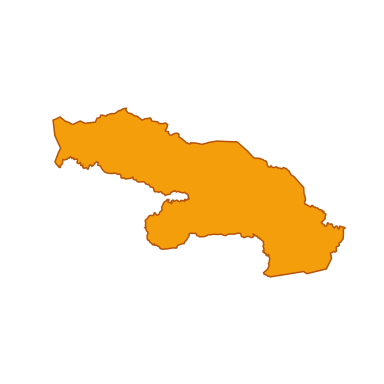 Olanchito, Yoro, Honduras, rotated 26°
{"feature_id": "27666195B25086521151184", "entity_name": "Olanchito", "entity_type": "district", "adm_level": 2, "iso_a3": "HND", "parent_name": "Honduras", "parent_adm1": "Yoro", "projection": "robinson", "projection_center": [-86.665, 15.434], "detail": "fine", "context": "isolated", "style": "filled", "palette": "amber", "viewbox_px": 384, "rotation_deg": 26, "n_neighbors": 0, "source": "geoboundaries", "source_scale": "gbopen_adm2", "svg_char_len": 6081}
<svg xmlns="http://www.w3.org/2000/svg" viewBox="0 0 384 384"><g transform="rotate(26 192 192)"><path d="M135.6,143.4L132.3,145.0L131.2,144.2L130.0,144.1L124.8,145.9L123.8,145.2L123.4,144.3L121.8,143.8L119.9,145.5L118.8,145.9L117.5,146.9L116.1,148.9L115.1,149.3L109.5,147.9L107.3,148.7L102.4,148.2L100.5,148.9L99.7,148.9L96.9,147.6L96.3,146.8L96.4,145.7L96.1,145.5L93.3,147.8L91.8,150.4L90.7,150.7L88.6,154.7L87.3,156.0L85.9,156.5L84.0,157.9L83.1,159.0L82.0,159.8L81.4,161.7L77.9,162.1L76.2,163.1L76.7,165.6L74.3,167.3L74.5,171.6L67.0,176.3L66.3,177.1L60.4,177.2L55.2,183.6L54.8,183.8L50.8,183.4L47.2,183.9L40.4,182.4L37.5,186.4L35.6,188.3L44.0,201.4L54.9,210.4L54.6,211.9L54.8,213.5L54.6,214.1L55.6,224.9L58.1,226.6L60.1,227.2L60.5,227.6L61.1,227.6L61.9,228.1L62.9,227.6L62.8,227.3L61.9,226.7L63.0,224.0L62.9,222.4L61.8,219.9L61.8,219.3L63.3,219.1L64.2,218.1L65.2,217.6L65.8,215.8L66.8,215.4L67.2,213.5L68.4,213.7L69.3,214.5L69.6,214.4L70.2,213.5L70.8,213.3L71.4,214.4L71.7,214.5L73.9,213.0L74.4,212.9L75.2,213.7L75.8,215.9L76.2,216.3L77.9,216.1L78.8,214.5L79.4,215.1L80.2,216.8L80.8,216.8L82.2,215.8L82.6,217.3L83.8,218.1L84.6,218.0L86.3,216.4L88.3,217.2L88.7,216.8L88.3,215.2L88.3,212.4L88.7,212.0L90.8,212.8L91.8,210.7L92.4,207.8L93.3,206.5L94.8,206.8L95.7,209.2L97.1,208.9L98.4,208.9L100.9,210.7L103.8,212.0L105.3,212.3L107.8,212.0L111.6,210.7L115.0,208.5L116.7,208.8L117.8,208.5L119.0,207.5L120.8,208.2L121.7,209.9L122.2,210.3L123.2,210.2L125.0,209.1L126.7,209.4L130.5,206.8L132.4,204.6L132.7,204.8L133.0,205.8L134.2,206.4L137.0,205.7L138.2,206.7L139.8,206.4L144.1,203.9L145.8,204.3L146.7,205.0L149.1,204.7L149.8,204.1L152.4,205.7L154.5,205.1L155.2,205.2L156.3,206.0L157.4,207.7L158.3,208.1L160.1,207.2L162.2,206.8L164.1,205.2L166.0,206.3L168.1,206.1L169.5,206.9L170.8,205.2L172.8,204.0L173.3,203.2L173.3,201.5L174.1,200.8L174.8,199.5L175.6,199.1L175.9,198.4L177.9,198.9L178.5,198.0L178.9,197.7L184.0,196.9L185.7,195.5L187.5,196.1L189.2,195.9L190.1,196.8L190.3,197.6L190.6,198.1L192.1,199.0L192.3,199.7L192.2,199.9L191.4,199.9L190.8,201.6L189.3,201.5L188.9,201.7L188.8,202.1L189.5,202.8L189.2,203.7L187.6,203.6L186.8,204.5L185.8,204.3L185.2,206.0L184.4,206.4L182.5,205.9L181.7,206.1L180.0,208.4L179.6,208.4L179.1,207.5L178.1,207.8L177.5,209.1L178.7,210.6L178.7,211.1L178.4,211.5L177.0,210.7L175.8,211.6L175.0,211.5L174.4,210.6L174.8,209.4L174.4,208.9L173.3,209.4L172.9,210.0L172.5,211.7L171.7,212.7L171.3,213.9L171.5,219.2L173.1,221.5L171.9,224.2L172.1,225.7L171.9,226.8L171.3,227.8L170.7,228.2L169.9,228.0L168.1,227.0L167.2,227.2L167.1,227.7L167.7,228.7L167.4,229.9L166.8,230.5L164.9,231.2L164.2,231.9L163.7,233.3L163.6,235.3L162.4,237.8L162.7,238.7L164.1,240.1L164.4,241.7L165.4,243.2L166.1,243.5L165.2,244.7L166.2,245.0L168.4,246.9L169.9,247.4L170.4,248.3L170.8,251.1L172.5,254.0L173.2,254.5L174.7,254.5L176.4,255.6L177.2,255.6L178.7,256.3L179.4,256.2L180.0,256.7L180.5,256.4L180.9,255.3L181.9,256.2L183.7,255.2L184.5,255.6L186.8,255.7L187.9,256.6L189.1,256.7L190.2,256.5L194.3,254.2L199.2,250.7L202.6,249.2L202.7,248.8L202.4,247.0L202.7,246.2L206.0,242.6L207.5,241.9L207.2,240.4L208.2,237.6L208.3,234.5L208.7,233.1L207.8,231.0L208.8,229.6L210.8,228.9L213.5,227.5L215.4,228.9L216.7,228.7L218.6,228.9L222.6,226.7L224.4,224.9L225.4,223.2L227.3,222.4L229.7,220.6L233.4,219.1L237.0,216.9L239.4,217.1L241.4,216.4L243.2,213.8L248.6,211.2L251.3,208.9L253.0,208.2L253.7,208.0L254.3,208.3L255.7,210.1L256.9,210.3L257.9,209.9L258.8,210.2L261.3,207.5L262.8,207.0L265.3,207.0L266.2,206.4L266.6,205.7L266.7,204.6L266.5,204.1L265.4,203.3L265.8,202.8L266.4,202.7L267.9,203.6L269.2,203.6L269.9,203.1L271.5,204.2L271.8,204.2L272.4,203.7L273.4,204.4L274.1,204.2L275.9,204.9L277.9,205.1L278.6,206.7L279.6,207.8L279.4,208.9L279.9,209.3L279.8,209.9L281.8,211.6L281.9,212.6L281.5,213.7L281.8,213.9L282.3,213.5L282.7,213.7L282.6,214.9L284.2,215.1L285.4,214.8L285.9,216.1L286.7,215.9L287.4,216.5L287.9,216.3L288.2,214.9L288.7,215.4L289.2,215.4L289.4,216.2L290.9,217.6L291.5,218.7L291.5,219.8L292.3,221.3L292.0,222.7L293.4,224.2L293.7,225.8L293.7,227.7L293.3,229.4L291.7,233.1L292.2,233.3L292.4,234.0L292.8,234.2L296.1,234.0L297.1,234.4L298.4,233.9L299.7,233.9L327.1,214.6L331.0,215.1L346.5,202.2L346.5,190.6L344.5,187.6L343.6,187.1L343.3,186.2L344.1,185.4L345.2,183.5L346.5,183.5L347.2,182.8L347.7,182.0L346.9,180.9L346.9,180.1L346.2,179.3L345.9,178.1L346.6,176.9L347.2,176.6L347.7,175.6L347.7,175.1L346.6,173.5L346.6,173.0L347.8,171.5L347.7,169.8L348.1,169.3L348.4,168.2L346.7,163.6L344.4,159.2L345.3,157.2L344.9,157.0L341.8,157.7L340.4,157.7L339.8,158.0L339.7,158.5L340.5,160.3L339.9,161.0L339.1,160.7L337.8,159.4L337.2,159.2L336.4,159.6L336.0,160.2L335.7,161.8L335.0,161.9L333.8,161.4L332.4,159.8L331.6,159.5L329.7,160.7L327.9,160.2L327.3,160.4L327.2,160.9L327.9,162.5L327.6,163.7L327.0,164.3L326.1,164.3L325.0,163.5L322.3,163.2L321.7,162.7L323.4,157.7L322.3,155.7L322.2,153.5L321.9,153.2L319.3,152.9L318.9,151.6L318.2,151.9L318.0,152.5L317.6,152.5L317.1,151.6L316.6,151.3L314.2,152.0L311.8,151.4L310.4,151.8L309.4,151.6L308.7,152.2L306.3,151.3L305.9,152.1L305.3,152.0L305.4,153.1L304.6,153.5L301.3,153.3L300.5,152.9L299.7,153.3L298.4,153.0L297.4,151.4L297.6,150.1L297.3,149.0L295.2,146.1L293.7,144.9L290.3,138.9L287.9,138.1L277.0,133.5L273.2,133.0L271.6,131.7L269.4,130.4L267.8,130.3L266.7,129.7L265.7,129.9L264.2,129.7L263.2,130.3L262.8,131.6L262.3,132.0L260.7,131.9L258.9,132.7L256.7,132.3L255.4,133.7L253.8,134.6L252.7,134.4L251.5,133.8L251.4,134.9L251.0,135.6L249.4,135.8L247.6,134.6L246.1,132.3L244.4,131.8L243.0,132.1L241.6,131.8L239.4,132.2L238.5,132.0L233.6,134.0L231.6,133.9L224.2,131.0L211.7,127.5L210.0,127.3L208.2,128.3L192.1,135.3L184.9,140.4L184.3,141.2L180.0,144.8L174.1,146.3L169.3,148.3L169.4,149.4L169.3,149.6L167.6,150.1L166.4,149.9L165.5,150.5L164.2,149.6L162.7,149.5L158.2,148.3L156.5,148.4L155.6,147.5L155.0,146.0L154.3,145.6L152.9,145.7L151.4,146.4L150.5,147.3L148.4,150.1L147.1,150.4L145.2,149.7L144.4,148.1L142.7,148.6L141.2,148.7L140.8,147.6L141.3,146.5L141.3,145.5L140.6,142.1L138.0,141.6L135.6,143.4Z" fill="#f59e0b" stroke="#b45309" stroke-width="1.5"/></g></svg>